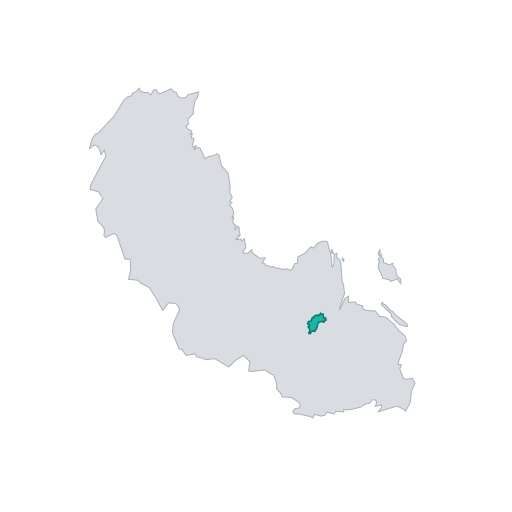 Örebro, Orebro, Sweden shown in context, rotated 288°
{"feature_id": "70781695B32779810801713", "entity_name": "Örebro", "entity_type": "district", "adm_level": 2, "iso_a3": "SWE", "parent_name": "Sweden", "parent_adm1": "Orebro", "projection": "robinson", "projection_center": [15.349, 59.26], "detail": "fine", "context": "in_parent", "style": "filled", "palette": "teal", "viewbox_px": 512, "rotation_deg": 288, "n_neighbors": 0, "source": "geoboundaries", "source_scale": "gbopen_adm2", "svg_char_len": 5133}
<svg xmlns="http://www.w3.org/2000/svg" viewBox="0 0 512 512"><g transform="rotate(288 256 256)"><path d="M123.1,340.6L124.9,344.3L128.7,343.9L130.3,341.2L132.4,333.3L130.1,324.5L133.5,321.4L135.8,316.6L141.1,315.2L148.2,309.6L148.9,304.1L150.6,300.0L144.9,287.6L144.5,284.5L153.6,282.9L157.5,274.7L151.4,269.4L142.0,264.3L145.6,248.5L141.7,239.9L142.4,236.2L141.8,230.7L144.2,228.4L139.8,220.2L144.4,214.6L143.7,211.7L157.1,200.4L165.8,198.2L181.8,200.0L185.7,195.5L185.8,193.0L184.4,187.3L175.4,184.0L185.3,173.8L193.0,164.2L194.6,154.9L196.4,151.0L194.5,142.0L204.8,141.0L214.0,137.3L212.7,132.3L232.8,117.2L233.4,114.5L231.9,111.9L227.1,107.2L228.4,105.1L233.8,103.9L236.4,101.8L240.4,94.7L251.2,89.1L263.3,92.8L268.4,86.5L268.0,77.7L272.3,76.8L304.6,82.3L309.9,79.0L304.4,77.3L309.7,73.8L311.2,71.6L311.7,69.1L311.4,67.7L306.8,64.5L317.0,64.0L322.5,65.6L323.1,67.5L345.3,77.9L362.8,82.0L368.0,84.9L369.9,88.2L372.7,88.4L376.0,91.4L379.5,93.1L376.8,95.2L377.1,100.0L378.1,102.2L376.7,106.3L382.4,107.3L383.4,109.8L380.6,112.4L381.1,115.2L388.8,123.7L387.1,126.5L386.7,130.0L383.5,132.6L383.2,135.3L384.0,138.7L385.1,140.3L388.4,141.5L394.3,150.7L388.8,151.3L384.6,150.1L374.9,151.2L372.5,152.6L364.9,148.9L360.7,151.0L357.7,149.2L355.5,152.2L355.1,156.3L351.5,155.9L352.9,157.5L348.2,158.0L347.9,158.7L348.9,159.7L347.5,160.9L341.0,161.3L340.2,162.7L342.1,164.3L342.1,165.3L337.9,163.8L340.9,166.7L341.6,168.9L332.8,177.6L335.9,180.0L338.6,185.1L341.3,187.4L340.3,189.7L331.1,195.4L326.0,204.1L314.4,209.8L308.3,211.3L304.4,215.4L299.6,214.1L299.5,216.5L296.5,215.0L294.1,218.7L289.9,221.7L285.2,221.2L284.7,221.7L286.2,222.6L280.8,223.4L279.2,226.6L275.3,227.5L274.6,228.5L278.7,228.7L277.9,231.3L273.3,232.7L271.7,234.3L269.7,234.3L270.0,233.0L267.0,233.1L266.0,231.6L265.4,232.0L267.5,236.3L266.0,238.0L269.0,239.6L260.6,243.8L255.5,242.2L254.9,243.5L256.0,247.1L260.5,250.0L257.8,251.8L255.0,260.2L257.1,265.3L251.2,264.2L251.7,266.1L249.9,268.4L250.7,271.7L250.1,273.8L251.5,275.8L250.7,276.7L251.7,285.9L253.4,289.8L252.8,293.0L255.3,294.6L260.4,295.0L261.9,297.6L268.3,296.1L273.0,301.2L281.8,305.5L281.3,308.3L286.9,310.4L290.3,314.3L291.6,317.6L291.2,319.7L282.7,325.3L276.1,329.0L269.2,331.3L269.6,332.1L273.0,332.5L281.2,329.8L283.7,332.2L279.2,333.3L278.4,336.5L276.5,338.5L258.2,345.8L255.8,348.1L247.6,351.8L232.8,351.5L230.5,352.3L243.3,353.8L246.4,356.5L240.3,358.2L243.0,364.6L241.5,366.1L241.4,373.2L239.2,373.3L238.3,376.2L239.5,383.3L240.6,385.3L240.1,387.4L236.7,392.2L237.9,397.9L233.9,408.3L229.4,414.4L226.0,422.5L222.1,425.3L217.5,423.5L210.7,424.6L198.3,424.2L196.7,425.0L197.6,428.0L193.2,427.5L185.3,433.8L185.0,436.8L188.1,442.7L184.2,446.5L175.8,445.6L164.6,448.0L154.6,446.1L155.9,444.0L156.8,436.3L145.6,420.5L151.0,422.1L153.2,421.3L149.9,416.1L154.5,415.8L156.0,414.0L155.2,411.0L151.4,409.7L148.2,405.0L144.9,402.6L139.0,393.3L136.9,386.9L134.8,387.5L133.1,380.1L129.9,379.0L129.4,371.6L125.9,370.8L123.8,367.3L123.6,360.9L119.5,360.1L120.1,357.0L119.0,345.6L117.7,342.0L118.9,339.4L121.1,339.2L123.1,340.6ZM295.0,375.6L293.2,376.3L292.1,378.3L289.2,379.3L288.8,385.8L291.5,388.3L288.8,389.4L286.9,392.8L281.9,395.1L280.0,397.3L279.0,400.5L274.6,402.2L277.7,397.4L273.5,392.0L274.5,390.0L274.0,383.7L282.9,375.7L287.0,374.8L288.9,375.6L289.7,373.7L291.0,373.2L295.0,375.6ZM238.1,420.5L235.9,421.9L235.2,419.9L235.4,412.4L240.3,403.4L242.5,402.7L248.4,390.6L249.1,389.8L251.1,390.6L249.6,391.7L249.7,393.8L246.0,400.3L245.0,404.5L243.6,405.5L238.1,420.5ZM296.7,373.0L296.4,374.9L294.1,373.4L296.2,371.3L300.6,371.9L296.7,373.0ZM285.4,326.2L282.6,329.0L282.0,327.8L282.6,326.4L285.4,326.2ZM279.4,340.9L277.9,341.1L279.0,339.1L280.9,338.7L279.4,340.9Z" fill="#d9dde1" stroke="#a8b0b8" stroke-width="1"/><path d="M218.6,341.4L218.4,341.2L218.2,340.8L217.6,340.4L217.6,340.0L217.9,339.7L218.9,339.2L219.4,338.8L219.8,338.4L220.3,338.2L221.0,338.2L221.3,338.0L221.5,337.6L221.5,337.2L220.7,335.9L220.5,335.6L220.4,335.5L221.1,335.1L220.0,334.9L219.7,334.0L218.5,333.6L218.8,333.3L218.6,332.7L218.1,332.3L218.0,331.8L218.3,331.5L218.0,331.0L217.5,330.6L217.2,330.2L216.2,330.2L215.6,329.9L215.1,329.7L215.0,329.4L215.3,329.0L214.9,328.6L214.2,328.5L213.6,328.6L213.0,328.7L212.5,328.4L211.7,328.4L211.0,328.3L210.5,327.8L210.4,327.1L210.2,326.4L209.5,326.2L209.1,326.0L208.4,326.0L207.3,326.0L207.3,326.9L207.3,327.6L206.9,328.1L206.6,328.3L206.3,328.5L205.7,328.4L205.6,327.9L205.2,327.5L204.9,327.5L204.2,327.9L204.3,328.5L204.0,328.9L203.4,329.1L202.9,329.4L202.4,329.9L202.1,330.2L201.0,330.2L200.5,330.2L199.8,330.1L199.2,330.0L198.6,330.2L198.8,330.5L199.4,330.8L199.1,331.7L199.7,331.8L200.9,332.0L201.8,332.8L202.3,333.3L202.2,333.9L202.5,334.3L202.6,334.7L202.5,335.3L203.3,335.5L203.9,335.3L204.6,335.3L205.1,335.9L205.2,336.1L206.3,336.1L207.8,336.1L208.7,335.9L209.6,336.0L210.0,335.8L211.0,335.7L211.6,335.9L211.9,336.2L212.2,336.3L212.7,336.9L213.2,337.4L213.6,337.9L213.9,338.4L214.1,339.0L214.5,339.7L214.4,340.1L213.8,340.5L214.0,340.9L214.8,341.3L215.8,341.6L216.8,342.4L216.9,342.2L217.3,341.8L217.9,341.6L218.6,341.4Z" fill="#14b8a6" stroke="#0f766e" stroke-width="1.5"/></g></svg>